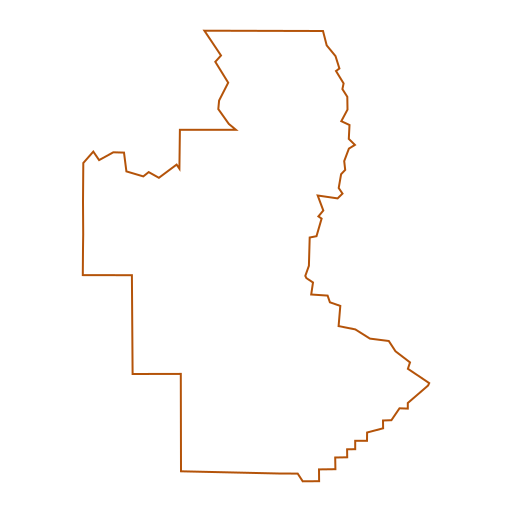 the district of Natchitoches, Louisiana, United States of America
{"feature_id": "52423323B30463798503843", "entity_name": "Natchitoches", "entity_type": "district", "adm_level": 2, "iso_a3": "USA", "parent_name": "United States of America", "parent_adm1": "Louisiana", "projection": "mercator", "projection_center": [-93.012, 31.748], "detail": "fine", "context": "isolated", "style": "outline", "palette": "amber", "viewbox_px": 512, "rotation_deg": 0, "n_neighbors": 0, "source": "geoboundaries", "source_scale": "gbopen_adm2", "svg_char_len": 1211}
<svg xmlns="http://www.w3.org/2000/svg" viewBox="0 0 512 512"><path d="M323.0,31.0L204.4,30.7L221.0,55.5L215.3,61.8L228.2,82.7L219.1,100.5L218.3,109.1L228.8,123.9L235.9,129.8L179.9,129.8L179.4,168.7L176.6,164.6L158.9,177.8L148.7,172.1L143.3,176.4L126.4,171.4L124.0,152.6L113.3,152.3L99.1,160.1L93.3,151.6L83.3,163.0L83.0,201.6L83.2,234.2L83.0,248.6L82.8,275.1L131.9,275.2L132.6,374.0L180.8,373.9L181.0,471.3L278.4,473.5L297.7,473.6L302.7,481.3L319.1,481.2L319.0,469.4L335.4,469.2L335.2,457.5L347.2,457.3L347.1,449.3L355.2,449.2L355.2,440.8L367.0,440.8L367.1,432.5L383.1,428.3L383.0,420.5L391.4,420.2L399.5,408.3L407.8,408.6L407.8,403.0L428.1,385.5L429.2,383.1L407.9,368.8L410.0,362.4L395.5,351.3L388.8,341.0L369.9,338.6L355.3,329.4L338.6,326.1L340.3,305.9L329.9,302.3L327.6,295.6L311.2,294.5L313.0,282.5L306.5,278.2L306.4,278.1L305.3,275.9L308.9,265.8L309.7,237.5L316.5,236.2L321.6,218.6L318.4,216.4L323.3,210.5L317.7,195.5L337.6,198.4L342.5,193.6L338.7,188.0L341.1,174.2L345.2,169.9L344.2,161.1L348.9,148.6L354.9,144.9L348.8,138.9L349.5,125.0L341.3,121.2L347.5,109.6L347.3,96.8L342.4,89.1L343.6,83.4L336.0,71.0L339.4,68.5L335.5,56.1L326.7,45.4L323.0,31.0Z" fill="none" stroke="#b45309" stroke-width="2"/></svg>